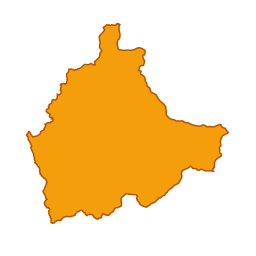 the district of Tuan Giao, Điện Biên, Vietnam, rotated 186°
{"feature_id": "81297802B47935602128313", "entity_name": "Tuan Giao", "entity_type": "district", "adm_level": 2, "iso_a3": "VNM", "parent_name": "Vietnam", "parent_adm1": "Điện Biên", "projection": "albers", "projection_center": [103.401, 21.645], "detail": "fine", "context": "isolated", "style": "filled", "palette": "amber", "viewbox_px": 256, "rotation_deg": 186, "n_neighbors": 0, "source": "geoboundaries", "source_scale": "gbopen_adm2", "svg_char_len": 5847}
<svg xmlns="http://www.w3.org/2000/svg" viewBox="0 0 256 256"><g transform="rotate(186 128 128)"><path d="M146.8,230.0L147.0,230.2L148.0,229.9L148.3,230.0L148.3,230.6L149.5,230.7L150.2,230.3L150.8,229.2L152.3,228.7L154.9,229.0L156.1,228.1L156.6,228.2L157.7,228.6L158.2,228.1L158.7,228.0L159.3,228.5L159.8,228.5L160.9,227.4L161.2,226.8L162.0,226.6L162.3,225.9L163.1,225.3L161.4,223.0L166.0,216.4L166.2,215.9L165.4,212.3L164.7,210.2L164.8,205.5L164.6,205.0L162.2,202.2L162.8,200.9L163.6,199.9L163.8,196.4L164.1,195.3L165.7,193.4L167.0,191.5L167.9,190.9L168.3,190.3L168.3,190.0L167.3,188.3L167.2,187.6L167.6,187.2L168.4,187.1L171.7,188.3L172.0,188.3L173.1,187.2L173.9,186.8L177.7,186.7L178.6,186.0L180.5,183.6L181.6,182.7L182.5,182.1L184.4,181.4L185.0,180.7L186.4,180.6L187.2,179.7L188.9,180.4L190.0,180.6L192.6,180.5L192.9,180.3L193.0,179.8L192.8,178.8L193.0,178.4L193.3,177.3L194.4,176.0L194.6,175.3L194.6,173.7L193.4,170.3L193.7,169.7L193.5,168.4L193.9,167.5L193.7,166.6L193.8,165.9L195.2,164.9L195.7,165.5L196.5,165.6L197.0,165.4L197.8,164.8L199.1,164.9L199.8,163.7L199.0,163.1L198.7,162.6L198.8,161.5L199.2,160.8L199.0,160.1L199.3,158.7L198.9,158.0L198.3,157.7L198.0,157.2L198.1,156.1L199.1,154.4L200.0,153.7L200.5,153.6L201.8,154.2L201.6,152.6L201.7,150.8L202.0,149.4L202.2,148.9L203.8,148.1L205.2,148.5L205.9,148.2L206.2,147.9L206.4,147.3L206.4,145.4L206.6,145.0L207.5,144.0L208.9,143.0L208.8,142.0L209.4,141.0L208.8,139.4L210.5,138.2L211.1,136.8L211.1,136.1L210.1,135.0L207.1,133.6L207.0,133.1L207.3,131.3L206.6,130.3L206.2,130.2L204.9,130.6L204.3,130.3L204.2,129.8L204.8,129.0L203.6,129.0L203.4,128.2L203.5,127.2L203.9,126.8L205.4,125.9L205.7,125.1L206.4,125.1L207.0,124.7L207.8,125.0L208.5,124.9L210.3,123.1L211.0,123.0L210.2,122.3L210.1,121.5L211.4,118.6L211.4,117.4L214.2,115.5L214.4,115.1L214.9,112.7L218.0,110.4L219.0,110.0L220.1,109.9L221.1,109.2L221.6,109.2L223.8,111.3L224.6,112.7L225.9,114.1L226.6,114.0L226.9,112.0L228.1,110.8L228.2,110.1L226.4,108.5L226.2,106.8L225.7,105.6L224.8,104.7L221.9,100.1L221.9,99.8L222.6,99.1L222.7,98.6L221.6,96.2L219.3,92.6L218.7,90.0L217.8,88.5L217.9,87.0L216.5,85.2L216.4,84.7L217.2,84.0L217.2,83.7L215.3,82.7L213.3,80.3L212.2,79.3L211.3,77.2L211.5,75.6L210.5,74.1L210.7,73.4L210.6,73.1L209.5,72.4L209.2,71.4L208.1,71.0L207.5,70.1L206.7,69.5L205.5,69.1L203.2,66.7L203.0,65.4L203.6,64.7L203.2,64.0L203.2,63.6L204.0,61.9L204.9,58.0L205.3,57.2L205.9,56.5L205.8,55.9L205.0,54.4L203.5,52.6L202.2,49.5L201.0,48.7L202.0,47.9L202.4,47.3L203.3,45.1L203.3,44.5L202.5,42.4L202.1,42.0L201.4,41.8L201.1,40.9L200.5,40.2L199.9,40.2L199.5,40.7L199.1,40.7L197.3,39.0L198.1,37.3L197.7,34.6L197.1,33.1L196.0,31.9L195.9,30.7L194.9,29.8L194.8,26.3L193.4,25.3L192.7,25.6L191.5,25.8L190.4,27.4L189.7,27.8L189.0,28.5L187.5,28.9L185.9,28.8L185.1,29.2L184.4,30.5L183.1,31.9L182.5,32.5L181.2,33.2L180.5,33.5L175.7,33.8L171.5,35.8L171.3,37.3L169.5,39.3L168.8,39.8L168.1,39.9L167.3,40.8L166.3,41.2L165.2,41.2L163.7,40.0L163.1,39.3L162.4,39.1L161.9,39.2L161.2,37.5L159.8,36.6L159.5,36.6L158.9,37.4L156.6,38.3L156.1,38.1L154.1,38.0L152.4,35.6L150.1,34.5L148.8,34.2L148.3,34.2L147.7,35.2L144.9,36.0L145.1,37.4L144.3,39.6L143.9,40.1L143.5,40.1L141.9,39.6L139.7,38.8L137.8,39.5L137.2,40.0L137.0,40.8L136.6,41.4L134.1,43.3L132.8,46.3L131.8,47.4L129.7,47.8L126.5,49.8L126.4,50.9L127.3,55.0L127.4,57.4L126.9,58.4L124.7,60.6L123.4,61.9L123.1,62.6L122.4,62.4L118.8,62.3L116.3,62.4L115.4,62.2L114.0,62.6L113.0,62.4L111.6,61.4L112.0,59.6L112.0,59.0L111.4,57.2L110.9,56.6L109.6,55.7L108.1,53.5L107.5,52.9L105.7,52.2L102.6,51.3L101.4,51.2L98.2,53.8L97.1,55.1L94.8,56.5L93.6,56.8L91.9,59.1L90.8,60.1L90.6,60.3L90.8,61.0L90.6,61.4L88.6,61.8L87.9,62.4L86.8,64.0L84.7,64.9L84.4,65.2L83.5,67.0L82.3,68.2L81.6,69.9L79.8,71.8L78.7,72.4L77.4,73.8L76.9,74.7L74.9,76.5L72.6,77.8L71.7,78.7L69.3,84.6L69.5,86.2L70.1,87.3L70.0,90.0L69.9,90.4L68.8,91.7L66.6,93.1L64.5,94.1L63.2,95.3L61.4,96.4L60.9,96.3L59.3,94.6L56.2,94.6L54.8,93.6L53.5,93.2L52.6,93.5L51.6,94.4L50.8,94.6L49.3,94.4L47.8,93.7L46.9,93.4L44.2,93.8L38.6,94.0L39.7,95.1L39.0,95.8L39.0,96.8L38.3,97.3L38.6,97.9L37.8,98.4L38.4,99.8L37.9,101.5L38.7,102.3L38.0,103.8L37.9,104.4L37.6,105.0L35.5,107.5L33.5,108.9L32.6,109.8L32.3,110.6L32.4,111.5L32.8,112.2L33.9,112.7L34.2,113.0L34.4,113.8L34.3,115.4L34.6,116.6L35.2,117.8L34.9,118.5L34.1,119.4L33.8,120.0L34.7,124.0L34.6,125.2L34.1,127.7L33.2,130.2L31.3,131.4L30.1,132.4L28.8,132.7L27.8,134.2L29.6,135.7L31.0,137.6L31.6,137.9L34.1,138.4L35.4,139.7L35.6,140.7L35.9,140.9L36.7,141.2L37.4,141.1L39.1,140.0L40.3,139.5L42.4,138.1L44.4,137.9L46.7,138.2L48.4,137.4L49.2,137.3L52.0,138.7L53.4,138.9L54.3,138.8L55.3,137.9L56.7,137.4L60.7,137.2L61.5,137.6L64.4,137.8L65.1,138.4L66.0,138.2L66.5,138.3L67.0,138.8L68.5,139.4L72.2,139.4L73.5,140.5L74.5,140.7L78.4,140.2L79.3,140.3L80.2,140.0L81.0,140.0L82.3,140.8L85.6,141.2L87.6,141.9L88.7,142.6L91.2,145.0L91.6,146.4L91.5,148.7L92.5,151.0L92.6,152.8L94.8,155.4L98.3,157.7L99.4,158.6L99.8,159.3L100.6,159.9L102.0,161.6L102.9,163.3L103.3,163.8L104.8,164.6L108.0,165.7L109.1,166.4L109.6,167.2L110.2,169.4L110.6,170.0L113.6,172.0L114.1,175.0L114.9,175.5L115.4,176.0L115.8,176.9L116.4,179.6L116.6,180.0L117.7,181.1L118.7,181.6L119.6,182.4L120.5,182.6L121.0,182.9L121.4,184.5L120.9,185.2L120.8,185.7L121.0,185.8L123.5,186.5L123.5,186.9L123.0,188.0L123.0,189.3L122.7,190.4L121.7,191.2L121.0,191.5L119.4,191.8L119.1,192.2L118.5,195.4L118.5,196.6L118.8,197.2L119.6,197.6L120.0,198.1L120.8,201.0L120.9,201.8L120.6,202.1L119.1,202.5L118.8,205.5L119.0,206.4L119.4,207.0L120.6,207.8L121.3,208.1L124.2,208.9L125.3,209.0L127.2,208.4L129.9,206.6L133.4,205.5L137.0,205.4L139.6,204.8L141.7,204.7L144.2,204.9L145.7,205.4L146.1,205.8L146.7,208.0L147.4,209.3L147.7,212.8L147.1,214.4L145.8,216.0L145.7,216.5L145.7,220.4L146.9,223.6L147.5,226.7L147.4,228.5L146.8,230.0Z" fill="#f59e0b" stroke="#b45309" stroke-width="1.5"/></g></svg>